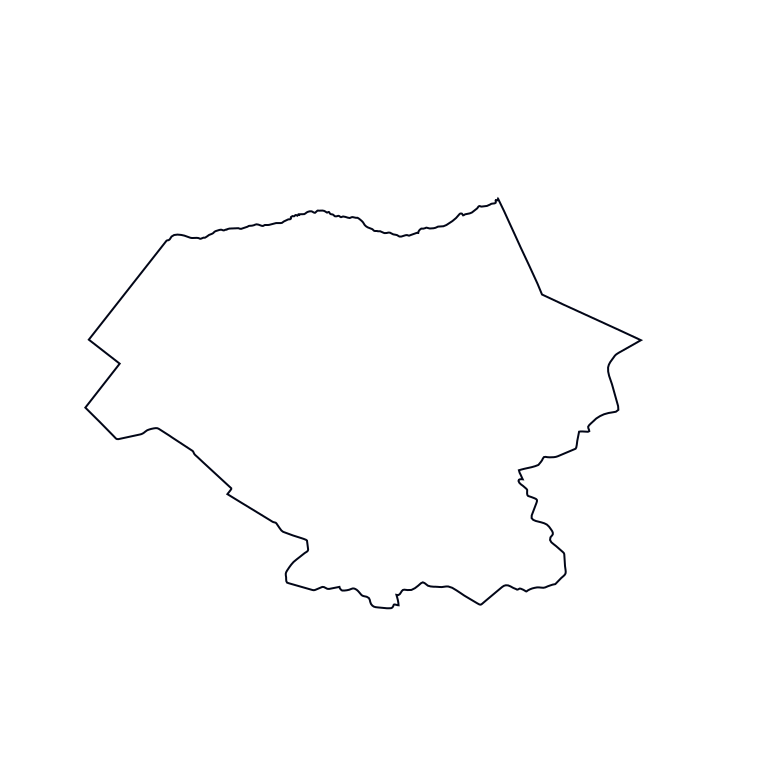 map outline of Chihuahua (Mercator projection), rotated 308°
{"feature_id": "MEX-2709", "entity_name": "Chihuahua", "entity_type": "State", "adm_level": 1, "iso_a3": "MEX", "parent_name": "Mexico", "parent_adm1": "", "projection": "mercator", "projection_center": [-106.749, 28.699], "detail": "fine", "context": "isolated", "style": "outline", "palette": "ink", "viewbox_px": 768, "rotation_deg": 308, "n_neighbors": 0, "source": "natural_earth", "source_scale": "10m", "svg_char_len": 6166}
<svg xmlns="http://www.w3.org/2000/svg" viewBox="0 0 768 768"><g transform="rotate(308 384 384)"><path d="M237.2,124.1L362.9,124.4L363.7,124.7L364.7,125.7L366.1,126.1L369.4,125.8L372.2,126.9L374.6,129.3L376.6,132.4L378.0,135.3L380.0,141.3L380.8,142.8L383.9,146.5L384.7,147.8L385.0,148.7L385.1,149.2L385.2,149.6L385.7,150.2L388.2,151.7L389.0,152.8L390.7,153.5L393.8,154.4L396.3,155.9L397.7,156.5L399.6,156.7L400.8,157.2L404.0,159.4L405.0,160.3L405.5,161.0L406.0,162.5L406.5,163.3L407.9,164.1L408.8,164.7L408.8,165.0L410.0,165.5L411.4,166.6L417.1,173.3L417.6,174.8L418.3,175.9L423.9,179.6L425.2,180.1L425.7,180.5L427.5,182.5L429.0,183.7L430.3,184.4L431.4,185.3L432.3,187.0L433.3,190.1L434.0,191.3L435.9,192.2L438.4,195.3L444.4,199.9L447.3,203.6L448.2,204.4L450.4,205.0L454.6,207.1L455.1,207.5L455.5,208.0L455.9,208.5L456.7,208.8L457.1,208.8L457.4,208.6L457.9,208.0L458.2,207.9L459.0,208.2L459.5,208.3L460.0,208.5L460.7,209.8L461.4,210.1L462.2,210.1L462.8,210.4L463.1,210.9L463.2,211.8L463.5,211.7L463.8,211.9L464.8,213.0L465.3,212.4L468.7,216.5L470.1,217.1L471.5,217.4L473.1,218.2L474.5,219.3L475.5,220.7L475.7,221.5L475.8,222.5L476.0,223.4L476.4,224.2L477.2,224.4L479.5,224.8L480.0,225.1L480.5,226.0L482.7,228.6L483.5,230.1L483.7,231.0L483.9,232.8L484.0,233.6L485.3,234.3L485.6,234.8L485.5,235.3L485.1,236.3L485.0,236.9L485.2,237.8L485.9,239.0L486.1,239.8L486.0,241.1L485.9,241.6L486.0,242.1L486.6,243.0L487.2,243.6L488.1,244.2L488.6,244.8L488.8,245.5L488.8,246.5L489.0,247.4L489.4,247.7L490.8,248.6L491.9,250.7L492.8,253.1L493.7,254.8L494.2,255.1L495.5,255.8L496.2,256.5L497.7,259.6L498.7,260.9L498.9,262.8L498.8,265.9L498.5,267.9L497.4,270.9L497.2,272.7L497.4,274.7L498.8,279.4L498.8,280.1L498.6,281.5L498.8,282.3L499.1,282.8L500.0,284.0L500.3,284.3L500.6,285.2L502.0,286.9L503.0,290.9L503.3,291.6L504.7,293.2L506.0,294.2L506.9,295.5L507.6,299.1L508.9,301.6L509.4,302.8L509.5,304.0L509.6,304.9L509.9,305.7L510.9,306.9L514.4,309.3L515.5,310.4L515.7,310.9L516.0,311.7L516.3,312.4L516.7,312.7L517.3,313.0L523.3,316.8L524.1,318.0L525.4,317.3L527.5,317.2L529.4,317.7L530.6,319.3L532.3,320.6L533.0,320.9L533.4,321.3L534.7,324.3L537.2,327.1L538.8,328.4L541.3,329.7L544.9,333.7L547.7,335.3L554.5,337.6L559.2,338.6L564.4,338.9L565.1,339.1L565.8,339.7L566.2,340.6L565.6,342.5L566.1,342.9L567.0,343.2L567.7,343.5L571.2,346.5L573.3,347.7L579.8,349.3L581.8,349.2L582.4,349.3L583.1,349.8L583.3,350.3L583.5,351.0L583.9,351.7L587.7,355.5L590.9,357.2L591.8,357.5L592.5,358.0L594.5,360.0L595.6,360.4L596.5,359.9L597.1,359.1L597.8,358.9L598.7,360.4L599.1,360.1L600.2,359.8L600.1,360.2L600.0,360.3L594.1,372.3L588.0,384.0L581.9,395.8L575.8,407.5L566.8,425.3L560.6,437.3L557.5,443.3L551.8,453.4L557.1,476.7L568.6,524.9L572.4,540.9L576.7,559.5L553.5,549.9L551.6,549.2L550.0,548.7L548.4,548.5L540.6,548.8L537.7,549.3L535.0,550.4L531.8,553.0L529.0,556.4L524.1,563.9L510.7,582.1L507.9,584.6L504.9,583.8L502.0,581.2L499.4,578.8L495.6,576.0L491.7,574.0L487.5,572.5L479.5,571.2L477.7,571.0L476.0,571.2L475.0,572.2L474.1,573.8L473.2,574.8L471.9,574.1L469.2,570.2L467.5,568.0L466.5,567.1L458.2,571.3L454.5,573.5L452.3,574.6L450.9,574.8L434.0,565.4L432.4,564.3L430.9,562.9L428.3,559.8L427.0,557.9L426.0,556.1L424.8,555.0L423.0,555.1L421.2,555.5L419.2,555.6L415.3,555.5L412.3,553.7L409.3,551.5L403.6,546.8L401.4,545.1L399.1,543.4L397.8,545.2L397.4,545.8L396.7,547.4L395.1,550.4L394.3,552.0L393.6,550.9L392.7,549.9L391.6,549.3L390.4,549.7L389.5,551.4L389.2,553.8L389.3,556.2L389.2,558.3L389.1,560.4L388.9,561.5L388.6,562.1L385.9,564.1L384.8,565.3L384.5,566.5L385.7,569.9L386.7,573.2L387.0,574.9L386.7,576.0L385.8,576.7L384.3,577.3L371.4,581.3L369.2,582.9L368.8,585.2L369.5,587.9L371.8,593.1L372.9,596.0L373.5,598.9L373.2,601.9L372.2,605.3L371.6,607.1L370.8,608.5L369.6,609.5L368.3,609.7L367.0,609.6L365.6,609.6L363.3,610.9L362.3,613.3L362.2,616.3L362.2,619.4L361.7,628.4L361.5,629.8L360.9,630.8L351.9,638.8L349.3,641.5L347.8,642.9L346.4,643.7L345.0,643.9L343.3,643.7L340.2,643.1L331.8,642.2L329.7,640.4L327.6,639.0L325.4,637.6L323.0,636.3L321.5,635.0L320.3,633.2L319.1,631.3L317.8,629.7L316.0,628.1L314.2,626.7L312.2,625.5L310.1,624.5L308.3,624.0L308.0,623.5L307.7,621.1L307.5,620.0L306.9,617.8L306.4,616.9L305.6,616.5L304.8,616.2L303.9,615.5L303.6,613.9L303.1,612.2L302.8,610.9L302.4,608.3L301.7,605.8L300.4,603.9L298.7,602.7L296.5,602.0L276.4,597.7L271.0,596.6L269.7,596.1L269.0,594.9L268.6,592.5L266.7,577.6L266.4,573.1L266.0,568.1L265.4,563.2L264.0,559.3L262.7,557.6L259.5,554.5L258.2,552.7L256.6,550.3L254.8,547.9L253.2,545.4L252.1,542.8L252.1,538.5L251.6,536.7L249.8,535.8L246.1,535.1L242.2,534.1L238.6,532.4L236.1,529.4L235.2,527.9L234.4,526.6L233.3,525.7L231.7,525.5L230.0,525.7L228.1,525.8L226.4,525.2L225.5,523.6L223.9,525.8L222.3,527.9L220.5,529.9L218.6,531.7L218.1,530.9L217.7,530.0L216.9,528.2L216.4,527.7L216.0,527.6L214.7,528.0L213.4,528.2L212.5,528.0L211.6,527.5L210.7,526.4L208.9,524.1L207.3,521.6L204.1,516.6L203.0,514.8L202.3,513.0L202.2,511.2L202.7,509.1L203.9,507.2L205.2,505.6L206.0,503.9L205.7,501.4L204.4,498.7L203.9,497.3L203.9,495.9L204.6,492.6L204.9,490.9L205.0,489.2L204.8,487.6L204.4,486.3L203.6,485.2L202.4,484.4L200.4,483.2L198.7,481.8L197.1,480.2L195.5,478.2L195.4,477.0L195.6,475.8L196.0,474.7L196.7,473.8L188.7,466.9L187.7,465.4L187.0,461.7L186.1,460.3L180.0,456.9L179.0,456.3L178.2,455.5L177.6,454.4L168.4,431.7L167.8,429.9L168.5,428.4L169.9,427.1L171.4,425.9L172.8,424.4L174.0,423.4L175.4,422.8L177.2,422.5L181.1,422.2L184.6,422.1L188.1,422.3L191.8,423.1L202.0,425.6L204.5,426.5L205.8,426.6L206.9,426.1L213.2,419.7L213.2,418.5L212.6,416.4L211.8,414.1L208.6,405.5L205.4,395.5L205.4,393.3L206.2,390.4L207.9,385.1L208.0,384.1L207.7,383.3L207.0,381.7L206.8,380.8L206.5,377.9L202.7,345.2L200.8,328.4L205.9,328.4L207.2,328.3L207.8,327.8L207.9,326.9L208.0,325.3L210.9,289.8L211.6,282.1L211.8,278.9L212.1,277.5L213.3,275.1L213.4,274.1L211.4,250.0L211.2,246.7L210.2,236.1L210.0,234.0L209.6,232.6L208.8,231.4L207.4,230.0L205.4,228.3L203.6,227.0L201.8,225.9L199.5,225.2L198.1,224.9L196.6,224.4L195.2,223.7L194.0,222.8L177.1,208.7L176.2,207.5L176.0,206.3L176.5,203.0L178.9,184.9L181.5,163.2L237.3,163.2L237.2,124.1Z" fill="none" stroke="#020617" stroke-width="2"/></g></svg>